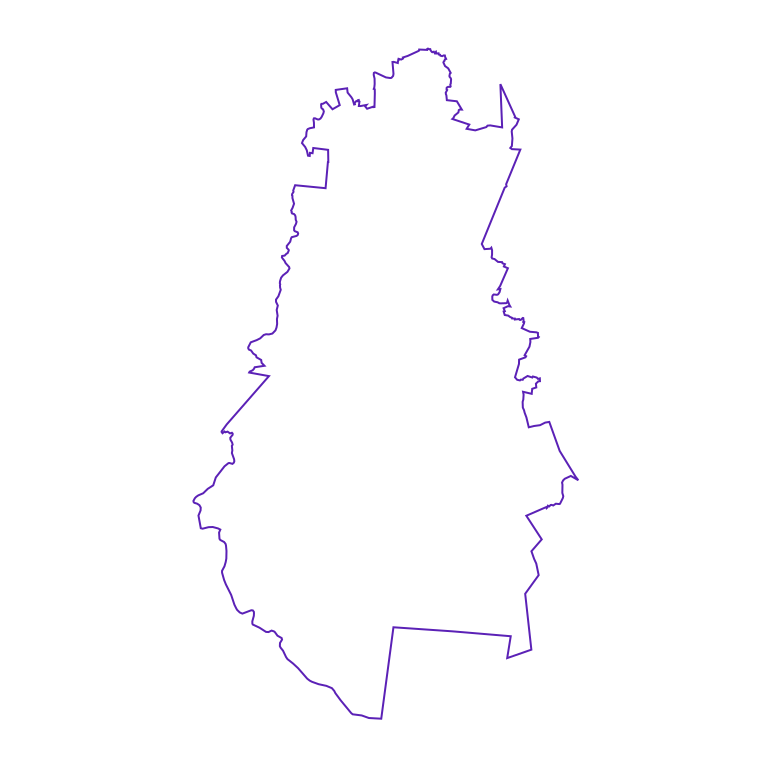 Nacajuca, Tabasco, Mexico, rotated 179°
{"feature_id": "50627088B18238703345700", "entity_name": "Nacajuca", "entity_type": "district", "adm_level": 2, "iso_a3": "MEX", "parent_name": "Mexico", "parent_adm1": "Tabasco", "projection": "natural_earth1", "projection_center": [-92.932, 18.178], "detail": "fine", "context": "isolated", "style": "outline", "palette": "violet", "viewbox_px": 768, "rotation_deg": 179, "n_neighbors": 0, "source": "geoboundaries", "source_scale": "gbopen_adm2", "svg_char_len": 6152}
<svg xmlns="http://www.w3.org/2000/svg" viewBox="0 0 768 768"><g transform="rotate(179 384 384)"><path d="M485.3,110.6L479.8,106.1L474.9,101.4L465.9,90.7L463.4,88.7L461.2,87.5L454.6,85.0L446.9,83.2L441.4,80.8L439.1,78.0L438.0,75.7L432.8,68.4L422.6,55.6L421.1,54.3L412.1,53.0L404.9,50.3L392.6,49.4L378.8,140.6L319.8,135.5L261.7,129.6L265.6,107.8L241.3,115.8L246.5,171.8L232.7,190.2L234.9,201.8L237.0,206.6L239.5,214.2L229.0,225.9L244.0,249.8L223.7,258.2L223.5,257.1L222.8,257.7L222.2,259.4L221.0,258.7L219.5,260.1L218.5,260.2L216.9,259.6L214.3,261.3L210.9,260.9L210.1,261.2L207.2,266.8L206.7,268.7L207.6,272.0L207.3,280.2L207.7,282.3L206.6,284.5L204.9,286.1L198.8,288.8L191.4,284.4L194.1,288.0L209.5,314.0L219.4,343.2L223.5,342.6L228.7,340.1L234.6,339.4L240.0,338.2L242.2,348.1L243.9,352.9L244.4,355.2L245.6,358.0L245.7,363.7L245.0,366.0L244.6,370.9L245.1,373.8L236.5,371.6L235.9,376.6L231.8,377.9L232.1,381.7L229.6,384.0L228.0,384.1L228.1,386.9L229.9,386.4L231.2,387.8L235.0,388.9L235.6,387.9L240.3,389.5L244.6,387.0L245.2,385.8L247.1,386.0L248.0,385.2L250.8,385.9L252.9,388.4L248.7,401.7L248.5,406.0L242.1,408.2L241.4,409.3L242.9,410.3L237.9,418.8L236.9,423.4L237.0,426.5L229.2,427.5L228.4,428.3L229.2,429.0L229.2,432.4L230.7,433.0L237.2,433.7L245.3,437.5L243.0,442.1L242.7,443.5L243.7,443.7L243.3,444.9L243.6,447.5L244.1,447.6L246.2,445.7L247.3,445.8L247.8,446.6L252.0,446.2L252.0,447.1L254.8,447.3L254.9,448.0L256.8,448.8L258.6,450.2L262.1,450.9L263.1,454.4L261.9,454.7L263.1,457.7L258.8,459.6L256.4,459.3L257.2,460.7L258.9,465.3L259.6,463.1L260.3,462.7L265.7,462.6L267.3,462.7L268.9,463.7L272.4,464.5L274.2,466.2L274.2,469.6L273.7,470.8L272.7,471.6L269.5,471.2L268.3,471.7L266.8,473.9L266.0,476.9L268.5,476.6L266.2,479.9L258.1,497.6L262.1,499.4L261.0,501.7L263.4,502.6L263.8,503.8L267.9,504.1L271.3,507.0L273.6,507.6L274.2,508.8L273.7,511.4L273.6,515.9L274.3,518.4L275.2,517.4L281.2,517.1L283.8,522.3L259.9,578.2L258.0,579.5L258.4,581.6L243.6,616.0L252.0,616.6L253.6,617.8L252.0,619.7L251.3,627.2L251.9,634.3L251.5,636.1L247.0,640.9L244.6,646.3L248.6,648.2L248.2,648.9L262.4,681.8L261.4,638.5L273.3,640.7L276.0,640.5L277.2,639.1L288.3,636.0L296.9,637.7L294.2,641.9L311.0,647.8L310.0,648.7L308.7,651.2L304.9,654.2L304.4,656.6L303.6,657.1L301.4,657.0L306.2,665.4L316.2,666.7L316.6,671.6L317.0,672.5L317.2,674.2L315.7,676.9L316.3,677.5L316.2,679.0L315.9,679.4L314.7,680.0L312.7,679.9L312.2,680.3L312.5,682.3L312.0,683.2L311.6,687.5L311.9,688.5L313.1,690.1L313.2,690.9L312.7,693.2L311.9,693.9L314.3,698.5L317.4,700.8L319.0,704.4L318.6,705.5L317.9,706.0L317.5,707.4L316.2,707.9L317.2,710.0L317.4,711.4L318.5,711.5L320.1,710.8L321.9,711.3L322.2,712.2L323.5,712.5L323.7,713.7L325.9,713.5L326.3,715.3L327.0,714.7L326.7,714.6L326.9,714.0L327.3,713.7L328.4,715.4L329.9,714.9L330.3,715.1L331.6,716.8L331.9,718.0L333.4,718.0L334.2,718.6L335.0,718.2L335.1,717.3L343.0,717.8L343.1,716.8L344.1,716.2L354.6,711.6L359.2,710.2L358.9,709.8L359.5,708.9L361.2,708.1L363.8,708.9L364.1,707.9L363.8,707.4L364.4,706.6L364.6,704.7L368.7,705.9L369.9,705.8L369.1,693.9L369.5,691.9L371.2,690.0L372.4,689.8L376.7,690.5L386.9,695.5L387.8,695.7L388.7,695.2L388.9,693.3L388.1,689.5L388.1,684.1L388.5,680.7L389.1,679.2L388.1,678.8L388.1,674.7L388.7,661.1L390.0,661.0L390.2,661.4L396.1,659.5L398.0,661.9L396.7,663.3L402.7,662.3L404.3,662.4L403.6,666.8L404.0,667.0L404.3,668.4L405.1,668.2L405.1,667.7L405.7,667.6L405.7,667.2L406.8,667.3L407.3,666.9L408.5,665.3L408.2,664.2L409.0,664.0L410.4,669.2L411.6,671.3L415.3,676.0L415.7,680.3L427.1,678.9L427.1,676.5L423.4,663.6L430.7,659.6L436.9,667.0L440.3,665.2L441.7,665.2L442.0,664.5L441.9,661.6L441.5,660.7L440.1,659.6L439.4,657.6L439.9,655.7L441.7,652.1L442.9,650.5L444.5,649.6L445.8,649.7L448.4,650.9L449.5,650.8L449.9,649.6L449.5,646.5L449.5,641.8L453.8,641.0L455.8,640.2L456.3,639.6L457.1,637.2L457.5,632.9L460.6,629.3L461.8,626.3L458.7,622.4L457.1,619.0L456.0,613.6L454.3,613.3L454.0,616.4L451.4,616.0L450.6,621.2L435.8,619.1L435.8,606.9L436.2,606.9L439.0,580.8L469.4,584.3L471.4,579.0L471.1,577.7L472.6,575.4L472.7,574.3L472.3,573.8L472.3,571.5L470.8,565.8L472.4,561.6L473.8,559.1L473.2,557.6L473.4,557.0L472.9,556.1L471.0,555.5L469.9,554.2L469.5,552.7L469.4,549.8L468.6,547.7L469.2,545.7L471.1,542.2L471.2,539.3L470.6,538.4L467.7,537.2L467.2,536.0L467.6,534.6L468.8,533.6L473.7,532.4L474.4,531.2L475.3,527.9L478.8,523.7L478.8,521.8L477.0,519.9L476.9,519.1L478.1,516.5L479.2,516.0L481.1,514.1L483.6,513.8L483.7,513.3L483.9,512.5L483.3,511.4L481.3,508.8L480.3,506.6L476.8,502.6L476.5,501.2L478.6,497.8L483.1,494.4L485.0,492.1L486.2,488.5L486.4,486.6L486.0,485.5L486.3,484.7L486.2,482.2L485.6,480.0L488.1,473.5L490.5,470.3L490.5,468.0L488.8,464.3L490.0,459.9L489.2,454.1L489.9,450.8L489.8,445.9L490.5,442.3L491.6,439.5L494.7,436.4L498.1,435.6L501.1,435.8L503.4,435.1L507.0,431.8L510.5,430.1L516.5,428.0L519.1,423.1L519.1,422.0L518.5,420.8L516.3,419.8L514.2,416.7L511.5,414.9L511.0,412.9L506.4,410.2L506.0,407.3L503.2,404.3L513.0,403.0L513.7,401.5L515.1,400.0L518.1,398.7L518.6,397.8L498.9,393.9L542.0,346.3L547.2,339.4L547.2,338.8L546.3,337.6L544.3,339.3L543.5,338.5L541.2,339.1L538.8,337.3L536.9,337.9L536.2,337.1L536.2,335.9L538.6,333.0L538.6,332.1L538.5,331.0L536.9,328.1L536.4,326.0L537.2,324.8L536.8,320.3L537.3,317.6L535.2,311.4L535.0,309.4L535.5,308.0L536.9,306.8L539.9,307.7L540.9,307.6L544.9,304.5L553.8,293.5L556.5,285.7L562.0,282.3L566.7,277.9L571.6,275.9L573.7,274.5L575.1,273.1L576.6,270.4L576.4,269.3L575.7,268.5L572.9,267.6L570.7,266.1L569.4,263.7L569.6,260.8L571.8,255.7L569.7,243.0L567.9,242.5L562.0,243.9L557.7,244.0L552.5,242.5L550.2,241.3L551.5,238.3L551.2,232.1L550.4,230.9L546.6,228.8L545.2,226.9L544.8,225.2L544.4,219.8L544.7,212.2L545.4,208.7L546.7,204.5L549.2,200.0L549.2,198.1L547.3,190.9L545.6,186.4L540.5,175.8L537.4,165.9L535.6,162.1L534.8,160.7L532.2,158.1L529.6,156.9L520.6,160.1L519.1,159.9L518.1,158.5L518.0,157.1L518.2,154.4L519.8,149.0L519.8,146.7L519.4,145.8L512.7,142.5L506.3,138.2L503.8,138.0L500.7,139.4L498.4,138.6L497.5,137.9L494.9,134.2L490.8,131.8L490.4,130.2L492.5,126.9L492.7,123.7L492.0,122.2L489.6,119.1L486.7,112.7L485.3,110.6Z" fill="none" stroke="#5b21b6" stroke-width="2"/></g></svg>